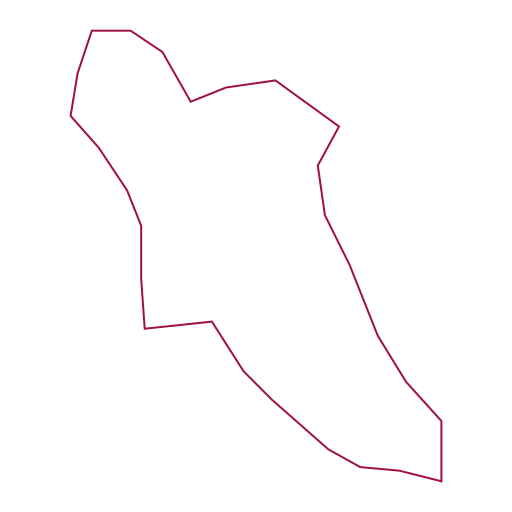 Malounta, Nicosia, Cyprus (Mercator projection)
{"feature_id": "46923920B69760563088960", "entity_name": "Malounta", "entity_type": "district", "adm_level": 2, "iso_a3": "CYP", "parent_name": "Cyprus", "parent_adm1": "Nicosia", "projection": "mercator", "projection_center": [33.179, 35.044], "detail": "fine", "context": "isolated", "style": "outline", "palette": "rose", "viewbox_px": 512, "rotation_deg": 0, "n_neighbors": 0, "source": "geoboundaries", "source_scale": "gbopen_adm2", "svg_char_len": 453}
<svg xmlns="http://www.w3.org/2000/svg" viewBox="0 0 512 512"><path d="M441.4,481.3L441.4,421.0L406.1,381.9L377.8,335.8L349.6,264.9L324.9,215.2L317.8,165.5L339.0,126.5L275.4,80.4L226.0,87.5L190.7,101.7L162.4,52.0L130.6,30.7L91.8,30.7L77.6,73.3L70.6,115.9L98.8,147.8L127.1,190.4L141.2,225.8L141.2,279.1L144.7,328.7L211.9,321.6L243.6,371.3L271.9,399.7L328.4,449.4L360.2,467.1L399.0,470.6L441.4,481.3Z" fill="none" stroke="#9f1239" stroke-width="2"/></svg>